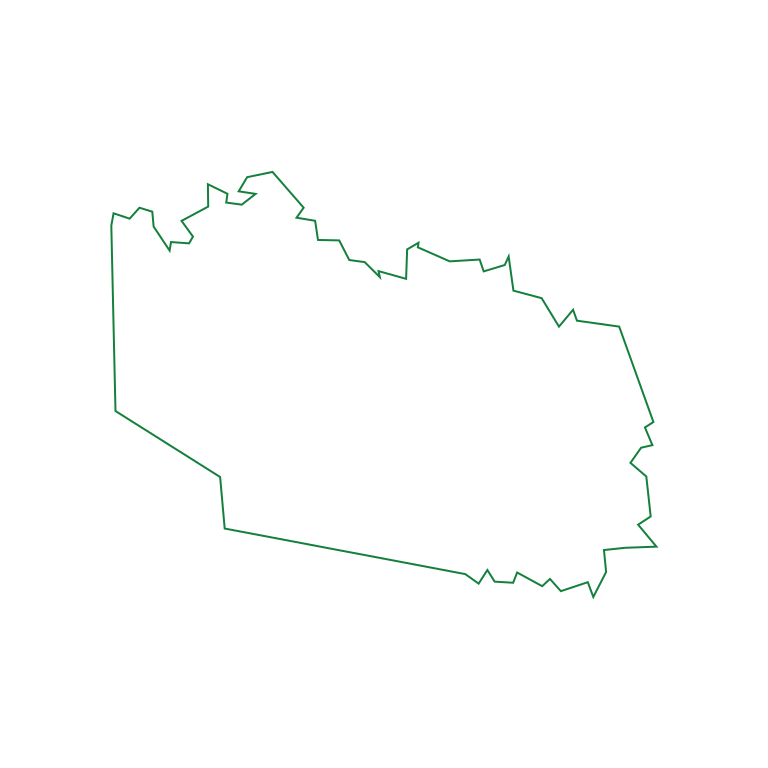 the district of Grayson, Kentucky, United States of America, rotated 14°
{"feature_id": "52423323B38332409828976", "entity_name": "Grayson", "entity_type": "district", "adm_level": 2, "iso_a3": "USA", "parent_name": "United States of America", "parent_adm1": "Kentucky", "projection": "mercator", "projection_center": [-86.327, 37.472], "detail": "fine", "context": "isolated", "style": "outline", "palette": "green", "viewbox_px": 768, "rotation_deg": 14, "n_neighbors": 0, "source": "geoboundaries", "source_scale": "gbopen_adm2", "svg_char_len": 1014}
<svg xmlns="http://www.w3.org/2000/svg" viewBox="0 0 768 768"><g transform="rotate(14 384 384)"><path d="M557.4,545.6L558.8,534.7L586.4,541.9L592.2,533.0L605.7,542.2L629.7,527.0L638.6,540.0L645.0,512.7L637.6,491.9L657.6,484.6L687.7,475.9L664.6,459.0L674.8,448.0L660.9,410.3L642.2,400.9L648.9,383.6L659.2,378.4L647.7,363.0L654.6,355.7L598.3,271.4L555.9,275.9L549.5,266.2L539.9,286.0L516.2,262.6L487.0,262.1L474.1,230.1L472.4,239.3L453.5,250.6L446.7,240.1L418.1,249.1L383.8,243.2L383.3,238.6L373.9,247.8L380.0,276.6L351.4,275.8L354.1,281.3L335.8,270.4L320.3,272.1L305.8,255.5L285.1,260.2L277.7,242.3L258.9,243.8L263.4,232.4L224.5,205.2L201.2,216.4L196.4,232.2L213.4,230.6L202.6,244.4L187.0,246.1L186.1,237.3L164.8,232.8L170.5,254.4L148.1,274.7L163.0,287.2L160.8,294.7L143.0,297.8L143.7,306.4L122.4,287.0L117.5,272.9L104.1,272.1L97.2,285.1L80.3,283.8L81.1,296.3L130.0,475.2L247.5,513.9L264.4,562.8L508.9,548.8L524.1,554.8L529.3,539.5L539.2,549.0L557.4,545.6Z" fill="none" stroke="#15803d" stroke-width="2"/></g></svg>